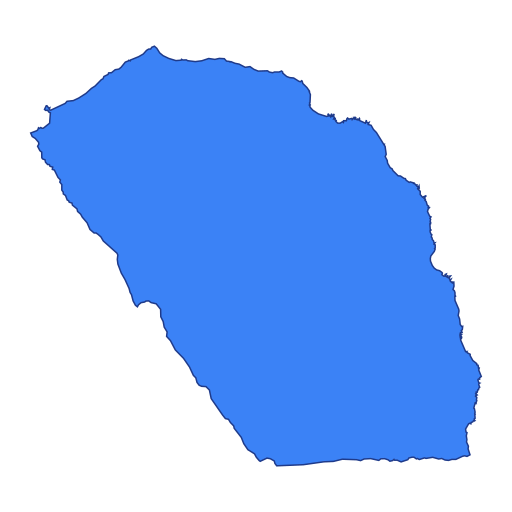 Nossa Senhora Da Ajuda, Mosteiros, Cabo Verde (Mercator projection)
{"feature_id": "66160863B13080281314211", "entity_name": "Nossa Senhora Da Ajuda", "entity_type": "district", "adm_level": 2, "iso_a3": "CPV", "parent_name": "Cabo Verde", "parent_adm1": "Mosteiros", "projection": "mercator", "projection_center": [-24.32, 15.001], "detail": "fine", "context": "isolated", "style": "filled", "palette": "blue", "viewbox_px": 512, "rotation_deg": 0, "n_neighbors": 0, "source": "geoboundaries", "source_scale": "gbopen_adm2", "svg_char_len": 5995}
<svg xmlns="http://www.w3.org/2000/svg" viewBox="0 0 512 512"><path d="M470.0,454.8L468.1,448.9L468.4,446.2L466.5,442.0L466.9,439.7L466.3,435.8L467.0,432.6L466.0,432.0L465.6,429.0L468.6,423.8L469.5,423.3L470.9,423.8L471.1,422.5L472.7,421.9L473.5,420.8L474.4,421.0L474.8,420.7L474.1,420.4L474.5,420.1L474.2,419.0L475.1,418.3L474.8,414.6L475.2,414.2L474.7,413.3L475.1,412.2L474.4,408.6L473.8,408.1L474.9,403.8L476.0,403.6L475.4,402.7L476.2,402.4L476.8,400.5L476.4,400.0L476.8,397.5L475.6,396.2L476.7,395.3L475.3,395.0L477.0,394.8L475.7,393.3L476.7,392.5L476.5,392.1L477.3,392.1L477.7,389.9L478.5,389.7L478.8,388.1L479.7,387.3L478.7,384.6L479.0,383.5L479.7,383.1L478.8,382.8L477.9,379.9L478.4,379.0L479.6,379.2L479.7,377.7L481.3,376.5L478.7,370.0L479.2,368.1L478.5,368.1L478.1,365.3L476.7,364.7L476.7,363.6L472.8,360.5L470.1,355.6L470.2,354.3L467.4,352.8L466.7,352.0L467.0,351.5L465.6,351.6L460.7,340.2L460.5,338.5L461.4,338.5L461.6,337.7L460.3,337.4L460.4,336.6L461.4,336.5L461.1,335.9L460.1,336.2L459.9,334.9L461.4,334.4L460.2,333.5L460.5,332.6L462.1,332.5L461.3,330.5L462.3,329.7L462.7,326.3L461.7,326.5L460.2,324.5L459.6,319.0L458.2,315.5L459.0,311.0L458.7,309.1L455.0,300.5L454.8,296.7L456.1,295.9L455.0,296.1L455.0,292.7L454.4,290.8L453.0,289.5L454.0,286.2L453.8,282.3L452.4,283.0L451.9,282.4L452.3,282.0L451.1,281.9L450.1,280.8L450.9,279.3L450.0,279.8L449.0,278.0L450.5,276.0L449.7,276.1L448.6,277.6L447.9,277.6L447.2,277.0L448.1,275.2L446.7,276.8L445.6,276.1L446.3,274.0L445.1,274.5L444.9,276.1L443.8,276.2L441.9,274.7L442.4,273.1L441.9,272.4L439.6,270.7L436.6,269.9L434.2,268.1L432.3,265.5L430.5,261.2L430.3,258.6L430.8,256.0L434.3,251.4L435.1,249.2L434.6,248.6L435.2,248.0L435.2,244.9L434.0,244.1L434.9,242.9L434.1,243.1L433.5,240.8L432.2,239.4L432.2,238.1L431.3,237.0L431.8,234.6L431.0,234.1L430.1,231.8L430.1,230.5L431.5,229.9L430.3,229.8L429.9,224.5L430.6,223.8L430.0,223.3L430.7,222.3L430.1,221.5L430.6,219.3L429.9,218.3L431.0,216.9L429.7,216.2L427.5,211.6L428.0,209.4L429.3,207.6L428.2,207.5L428.6,206.2L427.2,205.1L426.2,201.6L424.8,200.0L425.8,199.1L425.1,199.3L424.9,198.4L424.1,198.2L426.3,195.6L422.5,197.2L420.2,194.5L420.2,191.3L417.6,188.7L417.9,188.1L418.7,188.5L418.6,187.6L419.2,187.8L419.0,186.0L418.5,187.0L416.8,186.1L417.0,184.9L415.6,184.9L414.4,183.2L413.6,183.4L413.6,182.9L410.2,181.9L409.2,182.4L406.1,180.2L405.4,178.6L404.0,178.4L400.5,176.0L398.1,175.8L392.9,170.6L392.1,168.8L390.2,167.7L387.6,163.2L387.2,160.4L385.2,156.6L386.2,154.3L385.1,146.4L384.1,144.9L384.4,144.2L383.6,144.1L376.4,132.5L373.4,129.4L371.1,125.3L368.2,124.5L369.0,122.5L367.9,123.1L367.3,122.3L366.2,122.2L366.4,120.0L365.4,123.2L359.5,120.5L359.0,119.7L359.7,119.1L359.4,118.4L358.3,119.9L357.5,119.8L357.7,118.5L357.1,119.7L355.4,119.1L356.0,117.2L355.6,118.0L355.2,117.3L354.2,117.4L355.0,118.3L354.5,119.0L353.7,118.2L352.2,119.6L351.9,118.4L348.8,119.1L347.6,118.0L346.9,118.7L346.4,120.7L343.6,120.7L343.4,122.4L342.5,121.7L340.1,123.2L337.6,123.1L335.9,121.4L336.5,120.0L335.9,120.5L335.0,119.8L335.2,118.6L333.7,118.9L334.4,117.4L333.6,116.4L334.1,113.9L332.7,116.1L331.3,113.6L332.0,116.2L331.5,116.4L330.9,114.6L330.6,116.8L328.4,114.1L328.0,114.3L329.1,115.7L328.3,116.0L327.9,115.2L328.0,116.0L326.7,116.5L318.4,113.9L312.8,110.2L310.2,107.3L309.7,105.7L310.1,105.2L309.4,104.9L310.0,104.3L309.5,103.0L310.0,102.5L310.4,94.6L309.2,91.6L309.5,91.2L306.9,87.5L302.8,83.5L302.2,81.2L301.7,80.7L300.4,81.7L298.9,81.3L293.7,78.0L289.7,77.6L286.7,76.5L282.7,73.1L282.7,72.1L281.6,71.0L279.1,72.0L274.5,72.0L272.7,72.7L269.4,72.1L267.5,70.8L258.2,71.1L253.8,69.3L250.0,66.6L245.2,67.3L239.1,64.1L235.0,63.3L230.8,61.6L230.1,62.0L229.3,61.4L226.5,61.1L224.3,58.7L219.3,58.4L214.9,59.4L208.7,58.5L201.7,60.8L195.3,61.6L187.7,60.7L186.3,59.9L182.8,60.0L181.5,59.3L181.1,60.2L175.9,60.6L168.7,58.4L163.1,55.7L159.7,52.9L156.8,48.3L154.4,46.2L151.7,47.3L150.7,49.0L148.6,49.1L146.5,50.4L143.3,54.0L138.6,56.7L130.5,60.0L130.3,60.8L128.2,60.1L128.8,60.7L125.3,62.1L121.1,67.3L118.8,69.1L115.2,69.7L111.5,72.7L108.6,72.9L108.1,74.4L103.9,76.5L103.0,78.8L101.4,79.6L95.0,86.1L91.4,88.4L86.0,93.4L78.6,98.1L73.3,100.6L67.0,101.3L65.2,103.4L50.7,110.2L49.3,109.7L49.8,107.7L48.8,108.1L46.9,105.7L46.2,105.8L44.5,109.4L45.6,110.4L47.5,110.3L49.1,112.3L50.4,112.8L49.6,123.2L43.3,128.2L42.0,128.3L40.8,127.5L39.4,128.4L38.5,127.8L37.8,129.8L36.8,130.7L30.7,133.0L32.2,136.5L35.2,138.4L38.5,142.2L38.8,144.1L37.6,146.3L39.9,150.7L41.7,152.1L41.8,157.8L42.7,159.0L45.0,159.8L45.5,162.2L47.6,164.5L49.4,164.6L50.0,166.3L52.7,167.1L52.3,169.4L54.4,170.1L58.0,177.4L60.4,179.9L59.8,182.1L61.8,184.6L61.8,190.1L63.2,192.1L63.3,193.9L65.5,195.5L67.2,200.0L68.6,200.7L69.2,202.2L72.0,203.1L72.4,205.1L77.0,208.9L77.6,211.5L80.6,214.1L82.3,217.2L87.1,222.8L90.0,229.5L94.1,233.0L96.1,233.0L98.2,234.5L100.9,236.9L103.3,241.0L117.0,253.2L117.8,255.0L117.3,259.4L117.9,264.1L121.3,273.1L125.0,279.5L129.1,288.5L130.1,292.4L131.5,294.7L133.1,300.9L135.4,305.2L137.4,306.8L138.5,304.8L141.0,302.7L144.7,302.0L145.9,301.1L148.7,300.9L151.1,302.6L156.2,303.8L160.6,309.3L160.8,316.8L163.2,321.6L164.2,327.1L167.1,331.9L166.6,336.4L170.5,340.7L175.3,349.9L183.5,358.3L189.5,367.0L193.4,375.4L195.8,377.8L197.0,382.4L199.1,385.2L201.6,386.3L206.0,386.6L209.4,390.0L211.2,398.6L222.7,415.2L225.4,418.6L228.5,419.3L230.4,422.5L233.7,425.9L234.2,428.3L241.3,437.4L243.8,443.7L247.9,449.7L254.5,453.8L256.3,457.2L259.2,460.6L260.2,461.3L267.0,458.1L270.3,458.7L274.3,461.0L274.9,463.4L276.7,465.8L303.3,464.7L323.9,461.8L333.4,461.4L342.4,459.2L356.6,459.7L360.6,460.6L364.1,459.0L370.7,458.6L378.8,460.4L380.8,458.8L384.7,458.7L388.1,459.8L389.9,461.2L392.6,460.6L394.0,459.4L394.5,460.2L397.2,460.2L401.1,461.9L407.8,459.7L408.9,458.0L412.1,457.2L413.9,457.2L416.4,458.9L417.4,458.5L419.3,459.5L424.5,457.9L426.0,458.4L432.7,457.3L438.7,459.0L441.7,458.5L445.0,460.0L448.5,460.4L451.9,459.4L455.8,459.4L462.5,456.3L464.6,455.8L467.0,456.4L470.0,454.8Z" fill="#3b82f6" stroke="#1e3a8a" stroke-width="1.5"/></svg>